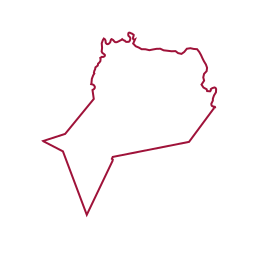 Santos Reyes Tepejillo, Oaxaca, Mexico (orthographic projection), rotated 16°
{"feature_id": "50627088B75439888832629", "entity_name": "Santos Reyes Tepejillo", "entity_type": "district", "adm_level": 2, "iso_a3": "MEX", "parent_name": "Mexico", "parent_adm1": "Oaxaca", "projection": "orthographic", "projection_center": [-97.955, 17.412], "detail": "fine", "context": "isolated", "style": "outline", "palette": "rose", "viewbox_px": 256, "rotation_deg": 16, "n_neighbors": 0, "source": "geoboundaries", "source_scale": "gbopen_adm2", "svg_char_len": 1912}
<svg xmlns="http://www.w3.org/2000/svg" viewBox="0 0 256 256"><g transform="rotate(16 128 128)"><path d="M50.0,163.9L50.4,164.1L71.9,168.4L112.3,222.8L121.9,165.7L122.2,164.1L122.1,162.6L121.0,162.1L121.3,160.0L190.5,124.5L204.7,86.5L205.0,86.0L204.9,85.4L205.1,84.8L206.0,84.2L205.7,83.7L203.7,83.8L202.5,83.6L201.8,82.8L201.4,81.6L201.7,80.2L202.0,78.3L201.5,76.4L201.7,73.0L202.7,69.4L202.0,66.3L201.0,65.3L199.9,65.2L198.1,66.4L196.9,67.8L197.2,69.2L196.8,70.1L193.9,70.7L192.9,69.1L189.4,68.3L186.7,66.0L188.1,61.5L186.4,58.6L186.2,55.0L187.9,51.7L187.4,48.3L185.4,45.5L182.5,42.8L180.3,40.4L178.2,37.9L175.6,35.3L172.7,33.2L169.3,33.9L166.0,34.1L162.7,35.6L161.1,39.4L159.0,42.0L155.5,42.2L152.5,41.0L148.8,42.2L144.4,42.9L140.8,43.5L137.2,42.9L133.7,44.0L130.6,45.5L127.1,47.3L123.0,47.5L119.4,48.5L116.2,47.7L112.9,47.3L109.7,45.4L110.2,41.8L110.3,40.9L109.9,41.3L108.8,41.3L108.3,40.9L108.0,40.3L107.9,39.2L108.0,37.9L107.8,36.9L105.9,36.2L104.6,36.1L103.6,35.9L102.8,36.0L102.3,36.6L102.3,37.5L102.6,38.5L103.0,39.2L104.8,40.2L105.5,41.0L105.7,41.8L105.7,42.5L105.7,43.0L105.6,43.6L105.5,44.1L105.0,44.9L104.3,45.1L103.4,45.5L102.5,45.7L101.7,45.5L100.8,44.9L99.8,44.9L99.0,44.7L97.9,44.2L97.3,45.2L96.3,46.1L95.7,46.7L95.2,47.2L94.5,47.8L93.8,48.4L93.3,48.7L92.6,48.9L92.0,49.0L91.4,48.8L90.7,48.4L90.1,48.0L89.6,47.6L88.9,47.4L88.3,47.2L87.7,47.1L87.3,47.7L87.2,48.8L87.3,50.1L86.9,51.3L86.2,52.4L85.4,53.0L84.6,53.1L83.7,52.7L83.1,52.2L82.2,50.0L81.3,49.1L80.1,48.7L79.6,50.4L79.4,53.8L81.0,58.1L81.6,61.8L82.7,62.9L84.9,63.7L85.5,64.0L85.8,64.6L85.7,65.5L85.2,66.0L84.8,66.4L84.0,66.7L83.3,66.8L82.0,68.3L82.6,69.2L83.0,71.3L82.4,73.0L81.5,74.4L81.7,76.3L80.0,78.7L80.2,80.8L79.9,82.1L80.0,84.4L80.6,84.9L80.0,87.0L79.7,90.7L80.5,95.0L80.5,96.0L82.2,95.9L83.7,96.4L84.8,97.6L85.0,98.7L84.6,99.9L83.4,101.3L87.1,109.5L69.2,151.0L50.0,163.9Z" fill="none" stroke="#9f1239" stroke-width="2"/></g></svg>